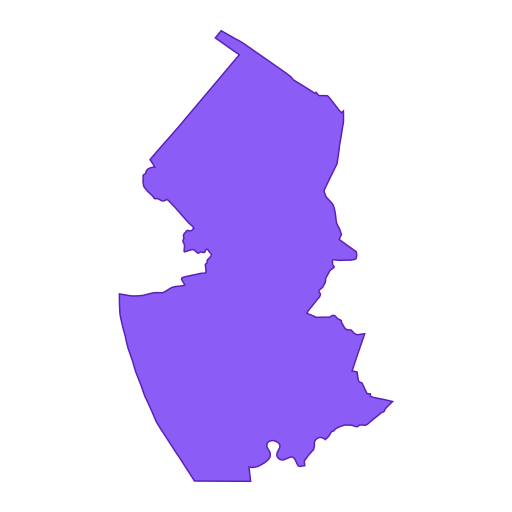 Chau Thanh, Kiên Giang, Vietnam (Mercator projection)
{"feature_id": "81297802B94247950786042", "entity_name": "Chau Thanh", "entity_type": "district", "adm_level": 2, "iso_a3": "VNM", "parent_name": "Vietnam", "parent_adm1": "Kiên Giang", "projection": "mercator", "projection_center": [105.182, 9.959], "detail": "fine", "context": "isolated", "style": "filled", "palette": "violet", "viewbox_px": 512, "rotation_deg": 0, "n_neighbors": 0, "source": "geoboundaries", "source_scale": "gbopen_adm2", "svg_char_len": 6107}
<svg xmlns="http://www.w3.org/2000/svg" viewBox="0 0 512 512"><path d="M194.5,481.0L224.2,481.2L250.6,481.3L249.0,467.0L251.0,467.3L252.7,467.6L253.6,467.4L257.4,466.6L260.4,465.2L264.3,462.9L266.8,461.0L268.9,458.8L269.8,457.4L270.0,456.8L270.2,455.5L270.2,453.2L270.1,452.7L269.7,451.8L267.9,448.8L266.9,446.7L266.9,445.8L267.0,444.4L267.1,443.3L267.6,442.5L268.5,441.8L270.2,441.0L271.2,440.7L272.1,440.6L273.6,440.6L274.9,441.0L276.7,441.8L277.8,442.4L278.6,443.1L279.2,443.8L279.6,444.5L279.8,445.2L279.9,446.0L279.8,446.8L279.6,447.9L278.8,449.4L277.2,452.6L276.9,454.4L276.9,456.0L277.4,456.9L277.8,457.6L278.5,458.4L279.1,458.9L280.1,459.4L280.9,459.7L281.7,459.9L282.5,459.9L283.2,459.9L283.9,459.8L285.3,459.2L287.6,458.2L289.8,457.3L291.2,456.9L292.2,457.0L292.8,457.2L293.6,457.8L294.4,458.6L295.3,460.1L296.4,462.5L297.5,464.8L298.3,465.8L299.1,466.3L300.0,466.4L301.2,466.2L302.7,465.9L304.7,465.7L304.7,464.1L304.3,462.5L304.4,461.5L304.8,460.3L308.2,455.6L309.6,453.9L313.3,449.9L313.8,448.9L314.4,445.9L314.4,442.6L314.7,441.2L315.4,440.1L317.4,438.2L318.9,437.6L320.0,437.4L322.0,437.7L323.0,438.1L323.6,438.3L324.4,438.8L325.2,439.6L325.7,439.1L327.8,437.3L328.9,435.9L329.9,434.4L331.7,431.4L332.5,431.4L333.4,431.1L334.0,430.6L335.1,429.3L336.0,428.6L337.8,427.6L340.3,426.4L342.2,425.8L344.6,425.1L346.0,425.0L350.6,425.2L352.2,425.3L353.0,425.6L355.3,426.5L357.1,426.7L357.6,426.6L358.0,426.4L358.3,426.1L359.0,425.4L359.3,425.2L360.3,425.0L361.1,425.0L364.5,425.2L365.3,425.2L365.9,425.1L366.7,424.7L367.6,424.1L369.7,422.3L373.1,419.4L377.8,415.7L381.2,412.8L383.3,411.9L384.0,411.4L384.3,411.2L384.5,410.8L384.6,410.4L384.9,409.5L385.2,409.0L386.9,407.1L392.6,401.5L386.6,400.1L372.6,397.2L370.6,396.3L370.3,393.9L367.1,393.6L364.0,387.3L362.2,383.3L361.7,382.8L359.6,382.1L359.1,381.7L358.8,381.3L358.4,380.1L357.8,377.4L357.4,373.9L357.0,371.9L352.1,371.0L356.4,357.9L360.6,345.7L364.7,333.8L360.2,334.3L358.3,334.6L357.5,334.7L356.7,334.6L356.1,334.4L355.2,333.9L354.3,333.4L351.3,330.2L350.9,330.0L350.3,329.9L348.7,329.9L347.5,329.8L346.5,329.5L346.0,329.1L344.5,327.7L342.7,324.6L342.4,323.6L341.4,322.6L341.4,321.2L341.3,320.6L340.8,320.2L337.3,318.5L336.4,317.5L335.8,316.5L335.0,315.9L334.3,315.5L333.4,315.4L332.4,315.5L331.5,315.9L329.8,317.2L327.9,317.1L327.5,317.1L327.1,317.2L315.3,317.3L315.1,316.8L314.3,316.3L306.8,313.3L308.8,309.9L312.4,305.7L317.0,299.8L319.0,297.6L319.6,296.8L320.0,295.8L320.2,295.2L320.4,294.6L320.4,293.9L320.1,293.4L319.7,292.9L319.4,292.5L319.1,292.1L319.0,291.8L319.0,291.4L319.0,291.0L319.0,290.7L319.2,290.3L319.7,289.8L320.6,289.0L321.6,288.2L322.3,287.7L322.9,286.9L323.4,285.7L324.6,283.8L324.9,283.2L325.2,282.5L325.4,281.3L325.6,280.5L325.6,279.3L326.0,277.6L326.2,277.2L327.1,275.9L327.6,274.7L328.4,273.5L329.4,271.5L330.1,270.4L331.1,269.6L332.5,268.6L332.7,268.3L333.5,267.9L334.0,267.6L334.1,267.0L334.1,266.6L333.8,266.1L333.3,265.6L332.8,265.1L332.6,264.6L332.6,262.9L332.4,261.8L332.4,261.0L332.7,260.3L333.0,259.9L333.3,259.7L337.7,260.2L339.8,260.4L347.4,260.1L350.6,260.1L353.4,259.7L355.7,259.0L356.5,257.1L356.7,256.0L356.7,254.5L356.6,253.5L356.2,251.7L339.2,239.5L340.3,236.8L341.0,235.4L341.5,234.5L339.5,228.8L337.6,225.3L336.5,222.7L336.0,219.4L335.6,215.6L335.1,212.3L334.7,210.1L333.9,207.0L332.8,204.3L331.3,202.5L327.4,198.3L326.1,196.8L325.1,194.3L324.1,191.6L324.1,190.9L324.3,190.2L324.8,188.9L328.8,180.5L333.8,170.2L336.7,164.6L337.0,163.8L339.2,149.1L339.4,146.1L340.8,138.4L341.4,134.8L342.6,126.9L343.3,123.5L343.5,121.3L343.5,119.8L343.5,114.5L343.4,111.0L341.5,112.8L340.4,111.4L339.3,110.4L338.3,109.2L331.8,100.7L329.5,97.9L328.1,96.3L327.2,95.7L325.9,95.7L322.8,95.6L319.3,95.6L318.5,95.2L317.8,94.4L316.0,92.3L314.9,93.4L307.8,88.8L301.0,84.5L297.6,82.5L293.3,79.8L291.2,77.1L287.2,73.9L267.6,60.2L242.6,42.8L238.7,40.5L235.3,38.8L221.2,30.7L215.3,37.9L234.1,51.2L239.4,54.8L237.0,57.5L176.9,128.8L156.4,152.1L150.0,159.6L151.1,161.2L153.2,164.4L154.8,167.1L153.1,167.2L151.0,167.6L148.3,168.8L147.4,169.5L146.8,170.2L146.1,171.2L145.9,172.5L145.7,173.3L145.2,173.7L144.1,174.4L143.6,174.8L143.1,175.4L143.0,175.9L143.2,178.0L143.0,181.1L143.4,184.9L143.8,186.3L144.5,187.6L147.8,191.6L152.5,195.9L153.0,196.5L153.4,197.1L153.7,197.6L153.9,198.0L154.3,198.3L154.8,198.7L156.0,198.7L157.1,198.7L157.8,198.7L158.3,198.8L159.2,199.4L160.8,200.3L161.7,200.8L163.0,200.9L164.0,200.9L164.9,200.5L166.8,199.5L167.3,199.6L167.7,200.0L168.4,200.5L174.4,206.7L179.2,212.1L182.0,215.4L186.2,220.1L188.6,222.8L191.2,225.2L192.7,226.5L193.4,227.3L193.8,228.1L193.7,228.1L193.2,228.5L192.6,229.6L191.9,230.3L191.2,230.8L189.8,230.8L187.6,230.4L186.6,230.8L185.5,232.3L184.2,233.6L183.4,235.5L183.7,237.2L183.7,238.1L183.6,238.9L183.4,239.6L182.9,240.6L182.9,241.2L183.1,242.0L183.9,243.4L184.4,245.1L184.5,246.3L184.1,250.5L184.1,251.3L184.5,251.9L191.2,249.8L192.0,249.6L192.7,249.6L193.5,249.8L194.2,250.0L194.9,250.5L196.6,252.3L197.4,252.8L198.0,253.1L198.9,253.0L199.8,252.3L200.5,252.0L201.3,252.0L202.6,252.4L203.7,252.5L204.5,252.3L205.0,252.0L205.2,251.2L205.8,250.0L206.2,249.5L206.6,249.3L207.1,249.2L207.6,249.4L208.2,250.1L208.6,250.9L209.1,251.6L211.0,253.7L211.3,254.5L211.3,255.3L210.9,256.2L209.7,257.5L208.8,258.6L208.0,259.3L207.3,260.1L207.1,260.6L207.1,262.7L207.0,263.0L206.4,263.5L205.8,263.8L205.3,264.5L205.3,265.4L205.6,266.7L205.7,267.6L205.7,268.6L205.9,269.7L206.0,270.5L206.0,271.3L205.9,272.0L205.7,272.5L205.3,273.0L203.8,273.2L202.1,273.2L200.0,273.5L195.3,274.6L192.0,275.2L184.1,277.0L182.9,277.4L181.8,278.0L181.5,279.2L184.8,284.9L182.8,285.8L175.7,286.5L171.9,287.4L167.9,289.8L164.3,292.0L162.6,292.7L160.4,292.7L158.6,292.6L155.9,292.6L152.1,293.1L147.2,294.3L143.0,295.4L138.7,295.8L133.4,296.0L129.8,295.7L119.4,293.9L119.4,301.2L119.7,309.7L120.0,314.1L120.7,318.1L122.6,326.3L123.6,330.3L125.0,335.1L126.0,339.9L127.1,344.6L128.1,348.4L132.8,361.8L134.8,368.9L135.6,371.5L140.9,385.0L144.7,395.9L146.6,399.8L152.0,411.6L156.0,421.2L160.6,428.8L166.3,437.5L176.9,453.9L179.3,457.3L191.8,476.8L194.5,481.0Z" fill="#8b5cf6" stroke="#5b21b6" stroke-width="1.5"/></svg>